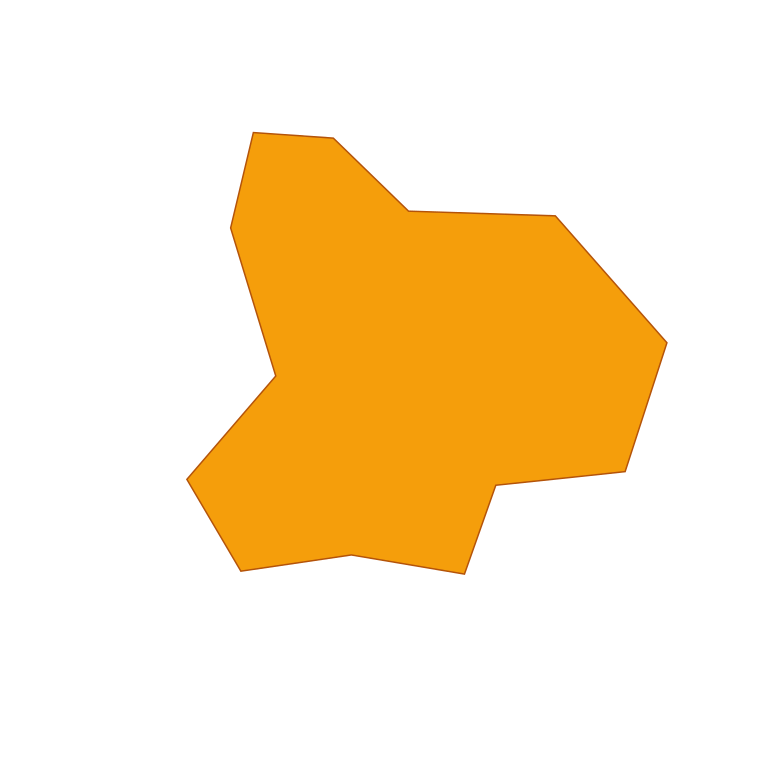 Jelgava, orthographic projection, rotated 34°
{"feature_id": "LVA-4849", "entity_name": "Jelgava", "entity_type": "Republican City", "adm_level": 1, "iso_a3": "LVA", "parent_name": "Latvia", "parent_adm1": "", "projection": "orthographic", "projection_center": [23.715, 56.641], "detail": "fine", "context": "isolated", "style": "filled", "palette": "amber", "viewbox_px": 768, "rotation_deg": 34, "n_neighbors": 0, "source": "natural_earth", "source_scale": "10m", "svg_char_len": 350}
<svg xmlns="http://www.w3.org/2000/svg" viewBox="0 0 768 768"><g transform="rotate(34 384 384)"><path d="M307.7,227.0L432.0,148.8L595.5,191.6L632.9,321.8L591.3,356.8L533.3,405.4L557.0,496.6L452.5,544.0L370.0,619.2L273.9,573.3L289.8,437.9L169.6,340.4L135.1,248.6L204.5,208.5L307.7,227.0Z" fill="#f59e0b" stroke="#b45309" stroke-width="1.5"/></g></svg>